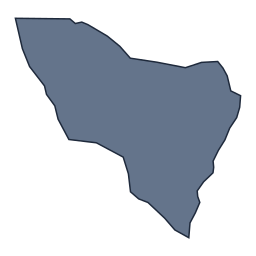 the border of Buyende
{"feature_id": "UGA-5593", "entity_name": "Buyende", "entity_type": "District", "adm_level": 1, "iso_a3": "UGA", "parent_name": "Uganda", "parent_adm1": "", "projection": "natural_earth1", "projection_center": [33.195, 1.209], "detail": "fine", "context": "isolated", "style": "filled", "palette": "slate", "viewbox_px": 256, "rotation_deg": 0, "n_neighbors": 0, "source": "natural_earth", "source_scale": "10m", "svg_char_len": 663}
<svg xmlns="http://www.w3.org/2000/svg" viewBox="0 0 256 256"><path d="M203.6,181.8L197.2,190.9L197.7,196.5L199.8,202.4L195.4,212.7L190.0,222.9L188.8,237.7L174.9,230.0L164.6,218.1L148.0,202.5L138.7,198.9L130.5,191.8L128.4,173.8L123.2,157.1L96.4,142.8L68.9,139.5L58.1,119.2L54.8,105.8L46.5,94.4L44.5,85.9L29.6,66.6L22.4,48.7L15.4,18.3L69.9,18.9L75.3,23.5L81.8,22.1L87.8,24.6L107.3,36.1L119.8,46.3L130.3,58.2L156.9,62.2L185.4,67.7L201.5,62.4L217.7,61.5L222.9,68.0L227.2,75.9L230.8,90.9L240.6,95.7L239.7,107.3L236.7,117.6L229.7,128.1L224.9,139.9L218.4,150.3L213.1,161.1L213.7,167.3L213.0,172.8L203.6,181.8Z" fill="#64748b" stroke="#1e293b" stroke-width="1.5"/></svg>